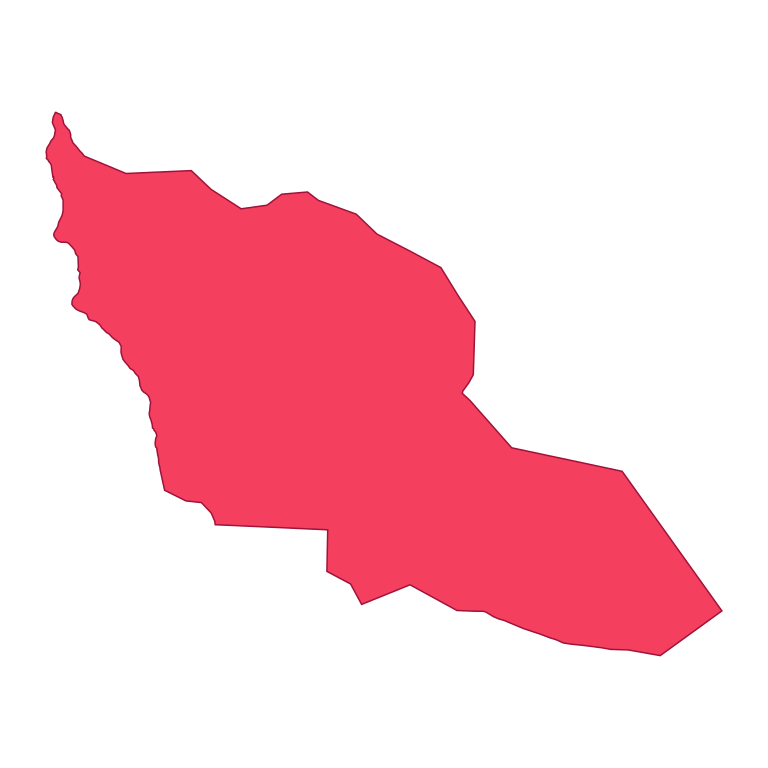 the district of San Pedro Mixtepec -Dto. 26 -, Oaxaca, Mexico
{"feature_id": "50627088B31998279857894", "entity_name": "San Pedro Mixtepec -Dto. 26 -", "entity_type": "district", "adm_level": 2, "iso_a3": "MEX", "parent_name": "Mexico", "parent_adm1": "Oaxaca", "projection": "albers", "projection_center": [-96.262, 16.226], "detail": "fine", "context": "isolated", "style": "filled", "palette": "rose", "viewbox_px": 768, "rotation_deg": 0, "n_neighbors": 0, "source": "geoboundaries", "source_scale": "gbopen_adm2", "svg_char_len": 2921}
<svg xmlns="http://www.w3.org/2000/svg" viewBox="0 0 768 768"><path d="M215.2,524.7L327.7,529.8L326.9,571.4L350.6,584.0L361.6,604.4L410.0,584.8L457.0,610.5L474.7,611.2L483.5,611.3L485.7,612.0L493.6,616.7L498.7,618.9L504.4,620.5L510.6,623.2L523.4,628.5L532.0,631.4L539.0,633.7L544.4,635.7L549.9,637.8L555.8,639.6L563.5,643.0L572.3,644.3L581.7,645.2L592.2,646.5L602.0,647.8L610.8,649.4L627.9,649.9L660.2,655.6L721.9,610.9L622.1,471.3L601.0,466.8L511.7,447.8L480.2,412.1L469.9,400.4L462.3,393.4L462.8,391.1L468.9,382.7L473.3,374.7L475.0,321.4L457.8,295.1L440.9,267.6L409.4,250.8L377.0,234.1L356.3,214.2L318.4,200.4L307.5,192.0L281.7,194.2L267.0,205.2L241.2,208.8L211.1,189.4L191.3,170.6L126.0,173.5L84.3,156.1L82.2,153.3L79.8,150.9L76.4,146.6L73.0,142.9L71.5,139.2L70.7,137.7L70.7,134.8L70.1,132.5L69.2,130.2L67.4,128.5L65.5,126.1L64.6,125.2L63.7,123.5L63.2,121.1L62.8,119.5L62.1,117.1L61.4,116.1L61.0,114.8L59.2,113.9L58.1,113.5L57.4,113.2L56.1,112.4L55.4,112.4L54.1,115.3L53.3,116.8L52.6,120.7L52.4,122.6L53.7,125.9L54.8,128.2L55.5,130.5L55.0,131.9L54.4,135.6L53.6,137.9L52.3,139.3L50.9,141.0L49.8,143.4L48.7,145.2L47.1,147.7L46.3,150.9L46.1,152.4L46.5,153.6L46.6,155.7L46.6,157.1L46.4,158.5L48.1,160.1L48.7,161.4L50.4,163.4L51.3,165.3L51.6,168.2L52.9,177.0L53.4,176.8L53.5,176.8L53.8,178.2L53.3,179.6L53.7,180.1L53.8,180.4L54.4,181.2L55.5,183.4L56.3,184.5L57.0,186.9L56.9,187.6L61.6,193.7L61.2,195.8L61.9,197.2L63.1,200.2L63.1,210.7L62.1,215.4L58.8,222.0L58.1,224.9L57.8,226.3L57.2,227.5L56.1,229.3L54.3,232.3L53.7,234.7L54.3,236.8L56.2,239.4L57.5,240.7L59.2,241.6L61.8,242.3L63.6,242.2L67.2,242.4L69.1,243.8L72.0,246.9L74.7,250.1L75.7,253.8L78.0,256.6L78.2,262.7L78.4,267.1L77.7,269.8L80.1,272.7L79.8,273.9L79.4,275.6L79.1,278.3L80.1,282.0L80.3,284.6L79.7,288.5L78.0,293.4L74.6,296.5L73.1,298.3L72.1,300.9L71.9,304.3L73.3,306.4L76.1,309.2L79.3,310.9L84.5,312.8L86.8,314.2L88.4,318.5L89.1,319.6L90.2,320.0L91.7,320.5L93.0,320.7L94.6,321.2L95.9,321.7L98.4,323.6L100.4,325.5L101.7,327.8L103.3,329.2L104.9,330.9L106.7,332.6L109.0,333.9L110.4,335.3L112.0,337.2L113.8,338.7L116.5,340.6L119.0,342.2L121.2,346.4L121.0,352.2L121.7,355.1L122.9,359.1L124.5,361.4L128.3,365.8L130.1,368.5L133.4,370.4L135.4,373.5L138.4,376.6L139.2,379.5L139.7,382.7L139.9,385.6L140.7,387.3L141.8,390.2L143.7,392.1L145.7,393.4L147.7,395.0L149.1,397.3L149.9,400.2L150.6,402.2L150.0,407.0L149.9,408.5L149.7,410.4L149.2,413.3L149.5,415.8L150.0,417.6L150.9,419.8L151.3,421.3L151.9,423.3L152.3,425.3L152.5,428.0L153.3,428.6L153.7,429.1L154.2,430.4L155.1,431.5L155.8,432.5L156.1,433.2L156.4,434.3L156.8,435.5L156.5,436.7L156.0,437.8L155.6,439.1L155.4,440.9L155.1,443.4L155.3,444.9L155.6,446.8L156.7,448.1L157.0,450.3L157.5,453.4L157.7,454.9L158.2,456.7L158.6,459.4L158.6,462.2L159.2,465.1L159.9,467.5L160.2,470.1L164.6,490.3L185.9,500.9L201.4,502.6L205.1,506.5L211.2,513.0L214.8,521.3L215.2,524.7Z" fill="#f43f5e" stroke="#9f1239" stroke-width="1.5"/></svg>